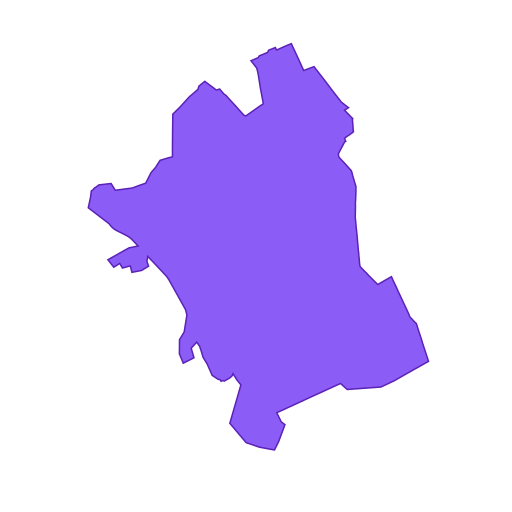 outline of Ipiķu pag., Rujienas, Latvia, rotated 159°
{"feature_id": "27541924B90668433326116", "entity_name": "Ipiķu pag.", "entity_type": "district", "adm_level": 2, "iso_a3": "LVA", "parent_name": "Latvia", "parent_adm1": "Rujienas", "projection": "mercator", "projection_center": [25.158, 58.033], "detail": "fine", "context": "isolated", "style": "filled", "palette": "violet", "viewbox_px": 512, "rotation_deg": 159, "n_neighbors": 0, "source": "geoboundaries", "source_scale": "gbopen_adm2", "svg_char_len": 3830}
<svg xmlns="http://www.w3.org/2000/svg" viewBox="0 0 512 512"><g transform="rotate(159 256 256)"><path d="M190.7,440.1L188.0,431.2L188.4,427.6L188.9,424.6L192.0,409.9L192.0,409.6L194.6,395.5L198.8,394.6L205.0,393.0L212.1,391.2L215.2,390.4L216.5,391.4L216.6,391.5L216.8,391.9L217.7,394.0L220.5,401.4L220.8,402.2L224.5,411.5L226.5,416.7L227.9,418.7L230.1,424.9L230.8,424.9L231.2,425.0L232.5,425.1L233.3,425.1L233.7,425.3L234.9,427.4L238.1,432.4L241.2,437.4L244.1,436.5L248.3,435.1L248.7,434.7L250.5,432.4L260.3,428.8L260.8,428.7L266.8,425.7L274.2,422.0L282.8,418.3L289.9,400.5L292.1,394.9L295.9,385.2L298.3,378.9L298.4,378.5L302.8,379.1L304.5,379.2L307.1,379.4L311.3,379.7L318.2,374.6L318.4,374.5L318.5,374.4L321.4,372.9L324.2,371.4L324.4,371.2L324.5,371.1L327.7,368.2L330.9,365.3L331.9,364.4L332.9,363.5L338.0,363.7L343.1,363.8L345.1,363.8L347.1,363.8L351.2,364.8L355.3,365.8L359.6,366.8L363.8,367.8L364.3,370.4L364.8,372.9L364.8,373.0L365.0,374.2L365.3,375.3L365.3,375.6L376.4,378.5L377.0,378.7L381.3,377.5L382.2,377.5L384.8,376.1L386.4,375.8L389.5,370.0L395.2,361.3L395.3,361.1L381.5,338.6L381.2,337.3L380.9,336.3L380.6,335.7L380.0,334.2L379.5,333.3L378.9,332.2L378.0,330.9L377.1,329.8L376.4,329.0L370.7,322.8L369.3,321.2L367.9,319.4L366.7,317.5L366.2,316.4L365.5,314.9L362.5,307.6L371.7,309.1L374.5,308.7L395.6,305.6L392.8,296.5L385.9,297.9L385.0,292.6L376.9,291.8L377.7,285.2L367.9,283.5L359.9,285.0L359.8,290.0L357.2,294.4L353.3,285.1L347.5,270.8L346.9,269.3L346.4,267.5L346.0,265.7L345.8,264.7L341.0,231.1L341.7,225.6L350.3,210.8L357.4,205.3L362.6,192.1L362.3,182.0L350.4,183.2L349.5,193.2L342.2,196.8L341.0,191.9L341.2,186.9L341.7,180.3L340.3,172.7L339.7,160.3L335.6,154.5L333.8,153.3L333.5,151.6L331.4,151.5L330.5,150.6L328.4,150.9L324.4,151.5L323.0,152.0L321.2,152.7L319.6,154.4L318.2,147.0L316.3,141.1L323.9,131.0L340.4,109.2L332.1,85.3L321.5,76.4L312.6,70.9L308.2,68.3L301.2,74.8L289.4,88.2L292.0,92.4L292.0,93.6L292.7,101.3L292.8,102.2L291.7,102.3L261.1,104.3L250.4,105.0L222.8,106.7L218.7,98.7L186.3,88.9L171.5,90.0L150.7,93.2L132.7,95.8L132.1,107.0L131.7,115.4L131.4,118.8L130.9,129.3L130.5,135.5L131.1,136.7L131.2,137.0L131.4,137.2L133.2,141.8L134.1,143.7L134.2,147.7L134.2,147.9L134.6,154.1L134.6,154.4L134.6,154.6L134.7,154.8L135.4,164.8L136.0,173.2L136.0,173.7L136.2,176.4L136.0,176.7L136.2,177.1L136.3,178.5L136.8,185.0L136.9,187.7L137.0,188.2L152.4,185.8L152.6,185.8L154.5,190.1L154.8,190.9L155.7,192.7L157.0,195.8L157.6,196.9L159.0,200.6L160.2,203.1L161.1,205.3L162.1,207.6L162.5,208.7L162.5,209.7L162.2,210.9L161.7,212.9L160.9,215.5L160.3,217.8L159.5,220.6L158.8,222.8L158.4,224.8L157.6,227.4L156.8,230.1L156.3,232.1L155.5,234.8L154.5,238.2L153.5,241.9L153.1,243.3L152.7,244.8L152.0,247.6L151.2,250.3L150.4,253.2L150.3,253.4L149.5,256.5L149.2,257.2L147.9,260.4L147.0,262.6L146.6,263.6L145.6,266.0L144.0,270.4L143.1,272.2L141.6,275.7L139.7,280.1L138.6,283.1L137.8,284.9L137.6,287.7L137.0,295.5L136.9,296.6L136.8,297.6L136.5,299.4L136.5,300.3L136.4,301.3L136.5,301.7L136.9,302.7L137.3,303.6L137.6,304.5L140.2,311.3L140.5,312.0L141.9,315.4L142.4,316.6L142.7,317.4L143.1,318.8L142.9,320.5L142.8,321.0L142.1,322.3L141.3,322.9L141.0,323.2L137.7,326.1L135.0,328.4L133.6,329.7L132.1,330.8L131.1,330.9L131.2,332.6L131.2,333.7L131.1,334.1L128.7,334.9L122.0,336.5L120.9,336.9L120.5,337.1L120.6,337.3L120.4,337.8L120.2,338.4L119.3,341.4L118.5,343.9L117.0,349.2L116.9,349.7L116.7,349.3L116.4,349.6L117.5,351.9L118.3,353.9L119.5,356.6L121.1,360.4L116.5,361.3L119.8,366.8L120.0,367.1L120.2,367.5L121.2,369.1L121.8,371.2L125.9,384.7L126.7,387.6L128.5,393.8L131.8,404.8L134.0,412.0L145.0,412.1L145.7,423.7L146.4,434.2L146.7,438.1L146.9,441.6L152.1,441.5L163.0,440.9L163.2,443.2L163.2,443.7L170.5,443.6L172.2,441.9L180.8,441.7L181.4,441.6L182.8,440.4L190.7,440.1Z" fill="#8b5cf6" stroke="#5b21b6" stroke-width="1.5"/></g></svg>